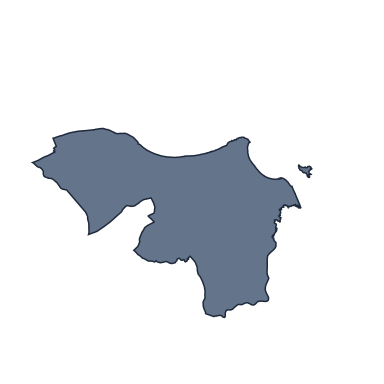 the district of Mempawah, Kalimantan Barat, Indonesia, rotated 139°
{"feature_id": "22746128B13218426778114", "entity_name": "Mempawah", "entity_type": "district", "adm_level": 2, "iso_a3": "IDN", "parent_name": "Indonesia", "parent_adm1": "Kalimantan Barat", "projection": "albers", "projection_center": [109.004, 0.347], "detail": "fine", "context": "isolated", "style": "filled", "palette": "slate", "viewbox_px": 384, "rotation_deg": 139, "n_neighbors": 0, "source": "geoboundaries", "source_scale": "gbopen_adm2", "svg_char_len": 6038}
<svg xmlns="http://www.w3.org/2000/svg" viewBox="0 0 384 384"><g transform="rotate(139 192 192)"><path d="M120.2,108.8L119.0,111.9L119.3,112.0L118.7,112.8L115.8,121.7L115.1,123.3L115.1,123.9L113.3,129.7L112.8,130.6L113.3,130.9L113.6,132.9L113.2,135.9L113.3,139.2L114.1,142.2L115.5,144.3L116.3,144.7L116.1,144.2L115.7,144.0L115.8,143.7L116.3,143.8L118.0,144.6L118.8,145.5L118.5,145.4L118.5,145.6L119.9,146.2L121.6,147.7L121.9,148.3L122.5,148.6L125.1,152.3L127.0,156.3L126.8,156.5L127.7,159.7L128.0,162.7L128.0,167.7L127.8,169.5L127.9,169.8L127.6,170.8L127.7,172.8L127.2,178.1L126.2,181.3L125.5,182.6L124.1,185.2L123.5,185.7L120.9,189.3L117.2,191.8L115.7,191.4L115.5,191.6L115.5,194.3L115.2,195.0L115.5,195.3L115.8,196.5L116.8,197.9L116.8,198.8L117.2,199.5L118.7,200.8L119.1,200.7L119.8,201.5L120.9,202.0L122.3,202.4L122.9,202.8L124.1,202.3L124.7,202.5L125.1,203.3L125.7,203.5L126.0,203.3L127.5,203.8L128.5,204.3L128.4,204.6L129.0,204.5L130.3,205.1L132.0,205.5L133.3,205.3L135.2,204.4L139.1,205.9L140.6,206.1L140.7,206.4L142.1,206.5L146.1,207.7L146.3,208.0L148.0,208.3L149.4,208.9L150.1,209.6L150.4,209.5L150.9,209.9L151.5,209.8L151.6,210.1L152.0,210.1L152.2,210.4L153.2,210.6L154.5,211.4L154.8,211.3L155.2,211.7L156.0,211.9L157.0,212.6L157.7,212.8L160.7,214.6L162.3,215.3L167.4,218.5L173.7,223.7L174.9,223.9L175.3,224.6L177.8,226.0L182.5,229.5L188.0,235.0L191.4,239.2L195.0,245.1L196.9,249.0L198.3,252.7L198.9,253.4L198.8,254.3L199.7,257.8L200.1,261.5L200.4,262.6L201.2,263.5L200.4,264.4L200.1,265.4L200.4,271.5L202.8,278.2L203.6,279.5L204.4,280.7L205.2,281.0L206.7,282.4L207.2,282.7L207.5,283.2L210.3,285.1L210.8,286.2L211.5,286.7L211.4,287.1L211.6,287.8L214.1,293.5L215.4,295.3L216.1,295.9L216.2,296.4L217.3,298.2L219.1,299.6L222.3,301.7L222.8,301.8L223.6,302.6L224.6,302.9L230.9,307.3L238.1,312.6L245.2,316.7L249.8,318.7L252.5,319.6L254.2,320.6L261.6,323.7L264.5,315.4L265.4,315.7L267.7,315.8L267.8,314.1L269.5,313.8L269.1,312.2L276.6,313.9L280.7,315.4L287.7,316.9L293.0,318.8L292.6,317.8L292.2,313.0L291.7,311.8L290.5,309.8L290.6,309.4L290.2,308.6L290.5,305.8L290.9,304.8L292.5,303.1L293.2,301.5L293.3,300.4L291.2,296.5L289.3,294.5L288.5,292.4L287.8,287.4L288.5,281.1L288.0,279.4L285.3,275.7L285.5,246.7L286.7,242.2L288.6,239.8L290.4,236.1L296.3,229.0L298.0,227.8L289.5,224.6L281.7,223.7L273.6,223.1L258.2,223.3L255.0,224.4L251.5,224.6L249.9,224.4L247.2,220.9L244.4,219.2L239.7,218.6L237.0,218.6L233.5,218.0L226.8,214.3L228.2,209.0L230.0,204.7L231.9,203.3L233.0,202.0L234.3,201.2L235.2,201.1L239.2,202.4L240.8,202.6L240.9,201.2L240.6,199.9L240.3,195.9L240.3,194.2L247.6,195.9L251.2,196.1L253.8,195.0L256.4,194.4L257.0,193.9L257.5,193.8L259.6,192.6L260.3,192.5L260.9,191.8L262.1,191.4L263.7,189.6L263.8,188.9L267.3,187.0L269.1,186.4L274.2,186.2L273.9,184.4L273.8,180.1L273.1,178.0L272.8,174.7L271.3,171.9L270.9,170.2L270.1,168.4L267.6,166.1L266.0,163.6L264.3,163.7L263.9,161.7L262.7,159.9L262.0,159.1L257.2,156.6L256.5,155.6L255.4,152.7L254.5,151.6L253.5,150.8L251.1,149.7L250.0,150.1L248.5,150.1L247.3,151.1L245.1,150.4L244.9,147.6L243.7,146.6L242.7,146.5L242.4,146.2L242.4,145.8L243.0,144.3L242.7,143.5L241.9,143.5L241.0,143.2L240.2,143.9L239.4,143.7L239.3,144.2L239.0,143.8L238.5,143.7L238.1,144.7L237.1,144.8L236.3,144.5L235.6,144.7L235.5,139.4L235.7,136.6L237.3,132.1L239.9,128.6L241.2,126.0L241.5,122.2L242.8,117.5L244.8,112.4L247.3,108.4L249.5,106.2L251.8,103.4L255.8,101.7L258.5,98.3L259.7,95.6L260.5,92.8L261.5,91.2L257.1,83.5L256.1,83.3L254.6,82.1L254.1,82.1L251.9,80.6L251.1,79.7L250.8,78.8L250.7,77.4L249.9,76.1L249.3,76.0L248.3,76.5L246.1,79.0L244.0,80.1L243.1,79.9L241.8,79.2L240.2,77.6L238.1,76.9L235.8,77.1L231.6,77.0L230.3,76.3L228.9,74.8L228.0,74.2L224.5,73.2L222.9,72.2L221.5,69.4L221.1,67.9L220.2,66.8L219.3,66.1L217.5,65.9L215.0,66.2L213.7,65.9L211.4,64.3L208.4,61.2L206.8,60.3L205.4,60.3L204.0,61.4L203.3,62.5L202.0,67.6L200.7,70.5L199.5,71.4L199.2,72.0L197.1,73.4L190.8,76.4L190.2,77.5L189.9,78.9L189.5,79.9L188.3,81.9L183.9,86.6L179.3,92.0L176.7,94.3L173.7,94.8L167.8,94.9L165.7,95.3L164.1,96.1L161.8,98.8L162.0,101.7L161.1,102.7L161.3,103.2L160.7,103.6L161.0,104.0L160.8,104.8L161.1,105.4L160.8,105.7L160.3,105.8L159.7,105.3L159.5,106.3L158.3,105.7L157.9,105.7L157.2,106.6L155.2,106.8L154.6,107.5L154.0,107.1L153.1,107.7L153.5,108.6L153.2,109.0L152.7,109.1L152.3,108.5L151.8,108.7L151.8,109.3L152.2,109.6L152.3,110.2L151.6,110.9L149.9,111.8L149.5,113.1L150.0,114.0L150.1,114.7L149.6,115.2L148.4,115.5L148.4,116.4L148.0,116.6L147.3,116.4L146.2,115.3L146.4,114.1L145.6,112.9L145.4,111.8L145.0,111.7L144.6,112.1L144.5,112.8L143.5,113.1L141.8,114.3L142.4,115.0L142.1,116.1L142.2,116.7L142.1,117.0L141.7,116.9L141.2,116.3L140.8,116.3L140.5,116.5L140.4,117.6L138.8,118.0L138.8,118.4L137.3,120.0L137.4,120.4L137.9,120.7L137.8,121.2L137.4,121.3L137.2,121.1L136.6,121.5L136.3,121.5L136.3,120.3L135.9,120.1L135.6,120.5L135.4,121.3L134.0,121.5L132.8,120.4L132.3,121.0L132.1,121.7L131.1,121.8L130.7,121.0L130.4,121.2L130.0,121.1L129.8,120.6L129.8,119.8L129.5,119.4L129.2,119.3L129.6,117.2L128.5,117.7L128.4,117.1L128.0,116.8L126.8,116.7L126.4,116.1L125.5,116.3L125.0,115.7L124.2,115.2L123.6,115.4L123.4,114.7L122.2,114.7L122.3,114.1L123.0,113.9L123.0,113.7L122.1,113.5L121.9,112.9L121.3,112.9L121.3,112.6L121.3,112.4L121.7,112.2L122.7,112.6L122.4,111.9L121.5,111.8L121.9,111.3L121.9,109.9L121.3,109.7L120.9,110.1L120.8,110.7L120.5,110.7L120.1,110.3L120.1,110.0L120.8,109.6L120.9,109.0L120.2,108.8ZM94.3,128.4L94.7,127.9L94.7,127.5L94.4,127.0L94.4,126.6L93.9,126.1L93.5,126.1L93.2,126.4L93.6,127.8L93.5,128.1L93.0,128.5L92.3,127.9L90.6,127.2L90.7,127.9L91.3,128.3L91.3,129.2L90.9,130.1L89.9,131.0L88.0,131.1L86.5,130.8L86.3,131.0L86.3,131.4L87.1,131.9L87.0,132.2L86.3,132.4L86.0,132.8L86.6,134.5L88.0,135.2L88.8,134.9L89.5,135.1L90.2,135.7L90.1,136.4L90.3,136.7L91.4,137.0L92.3,137.7L93.5,140.0L93.6,142.0L93.9,142.3L94.8,141.3L94.7,141.0L95.6,140.0L96.0,137.6L95.2,136.3L95.3,134.1L95.0,133.2L94.2,132.8L94.1,132.1L93.6,131.6L93.8,129.6L94.2,129.0L94.3,128.4Z" fill="#64748b" stroke="#1e293b" stroke-width="1.5"/></g></svg>